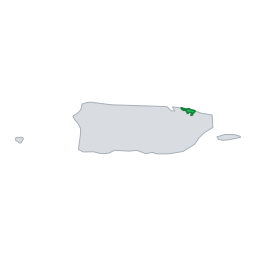 Loíza, Puerto Rico shown in context
{"feature_id": "32010507B12754205522862", "entity_name": "Loíza", "entity_type": "district", "adm_level": 2, "iso_a3": "PRI", "parent_name": "Puerto Rico", "parent_adm1": "", "projection": "orthographic", "projection_center": [-65.903, 18.42], "detail": "fine", "context": "in_parent", "style": "filled", "palette": "green", "viewbox_px": 256, "rotation_deg": 0, "n_neighbors": 0, "source": "geoboundaries", "source_scale": "gbopen_adm2", "svg_char_len": 2275}
<svg xmlns="http://www.w3.org/2000/svg" viewBox="0 0 256 256"><path d="M169.5,109.3L172.1,111.1L174.7,110.8L172.6,107.1L174.5,107.1L190.9,109.4L201.3,113.2L212.1,115.0L212.8,127.5L204.5,132.5L199.1,137.7L194.7,144.1L183.0,151.5L168.9,153.8L159.6,153.9L156.1,153.7L152.7,152.4L145.6,153.6L136.9,150.3L129.4,151.1L114.6,150.3L109.0,153.1L103.7,153.7L98.5,153.1L94.0,151.8L83.0,151.9L78.4,149.4L80.4,135.2L80.6,128.7L78.0,123.4L75.0,120.0L72.9,116.1L77.2,113.5L80.8,109.8L82.0,104.1L85.9,102.7L90.4,102.1L111.4,104.8L164.5,106.5L167.5,107.0L169.5,109.3ZM229.5,139.7L222.8,140.3L218.5,139.5L217.0,136.9L225.1,134.4L234.6,134.7L240.0,136.2L240.6,137.2L229.5,139.7ZM20.8,142.9L20.0,143.0L19.2,142.9L18.9,142.7L18.3,141.8L15.9,140.5L15.4,139.2L15.9,137.9L16.9,137.4L21.9,137.3L22.4,137.5L23.3,138.4L23.3,139.0L22.9,139.6L22.0,141.2L21.6,141.6L21.3,142.0L21.2,142.7L20.8,142.9Z" fill="#d9dde1" stroke="#a8b0b8" stroke-width="1"/><path d="M187.4,113.1L187.8,112.8L188.2,113.2L189.1,112.1L189.6,112.3L189.8,112.3L190.1,112.3L190.8,112.4L191.3,112.5L191.6,112.5L191.6,112.8L191.5,113.3L191.4,113.3L191.4,113.7L191.3,114.0L191.1,114.3L191.1,114.7L191.0,114.9L191.0,115.3L191.4,115.3L191.8,115.3L191.9,115.2L192.1,115.0L192.5,115.0L192.5,114.9L192.7,114.2L192.8,113.8L192.9,113.5L193.0,113.4L193.1,113.2L193.3,113.0L193.6,113.0L193.8,112.8L193.9,112.7L194.1,112.4L194.4,112.1L194.6,112.0L194.6,111.8L194.8,111.5L195.0,111.3L195.1,111.2L194.8,110.6L194.6,110.5L194.4,110.5L194.2,110.5L193.9,110.5L193.5,110.3L193.4,110.3L193.1,110.2L192.3,110.1L192.1,110.1L191.7,110.0L191.4,109.9L191.0,109.8L190.9,109.8L190.1,109.4L189.6,109.1L189.5,108.9L189.4,108.9L189.4,108.7L189.0,108.6L188.7,108.6L188.3,108.7L188.1,109.1L187.7,109.3L187.3,109.2L186.9,109.3L186.5,109.2L185.8,109.1L184.9,108.8L183.8,108.6L183.0,108.3L182.5,108.0L182.2,107.9L181.7,108.0L181.2,107.8L181.1,108.0L181.3,108.2L181.4,108.3L181.7,108.5L181.8,108.8L181.7,109.3L181.9,109.5L182.2,109.5L182.4,109.5L182.5,109.5L183.0,109.7L183.1,110.0L183.3,110.3L183.5,110.4L183.8,110.3L184.2,110.3L184.3,110.3L184.5,110.0L184.9,110.2L185.5,110.5L185.8,110.6L186.3,110.8L186.5,110.8L186.4,111.3L186.8,111.9L186.7,112.0L187.0,112.3L187.3,112.3L187.4,112.5L187.4,112.9L187.4,113.1Z" fill="#22c55e" stroke="#15803d" stroke-width="1.5"/></svg>